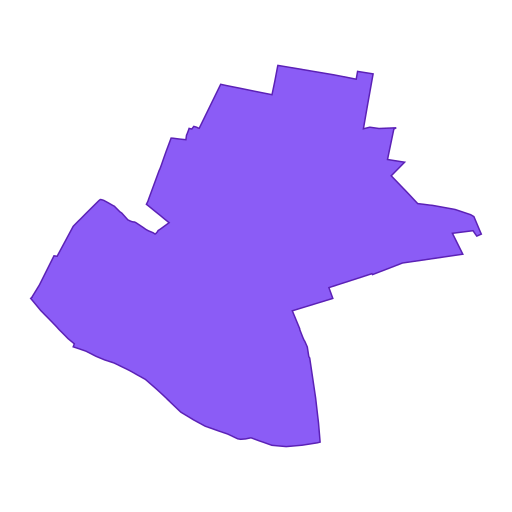 outline of Zimnicea, Teleorman, Romania
{"feature_id": "2599482B67626628859596", "entity_name": "Zimnicea", "entity_type": "district", "adm_level": 2, "iso_a3": "ROU", "parent_name": "Romania", "parent_adm1": "Teleorman", "projection": "equal_earth", "projection_center": [25.358, 43.689], "detail": "fine", "context": "isolated", "style": "filled", "palette": "violet", "viewbox_px": 512, "rotation_deg": 0, "n_neighbors": 0, "source": "geoboundaries", "source_scale": "gbopen_adm2", "svg_char_len": 2323}
<svg xmlns="http://www.w3.org/2000/svg" viewBox="0 0 512 512"><path d="M429.7,205.1L423.7,204.3L417.7,203.6L406.7,191.9L391.2,175.8L404.6,162.2L387.5,159.5L393.6,130.2L393.8,129.1L396.2,127.8L379.0,128.5L369.8,127.2L363.4,128.8L367.4,105.8L373.1,73.9L372.6,73.8L357.6,71.4L356.2,79.2L333.7,74.8L277.9,65.4L277.7,66.1L274.8,81.3L272.0,94.7L261.9,92.7L254.4,91.2L240.3,88.3L233.2,86.9L226.2,85.5L220.7,84.3L199.2,128.3L198.6,128.2L196.6,127.2L193.8,126.4L191.8,129.0L189.1,128.4L188.6,129.9L188.5,130.2L187.1,133.9L186.5,135.2L185.9,139.7L180.8,139.2L178.3,138.9L173.0,138.2L171.1,138.1L171.0,138.4L166.1,151.5L163.7,158.3L162.7,161.2L161.5,164.7L160.2,168.2L159.5,169.9L159.3,170.1L148.5,199.5L147.9,201.3L146.4,204.3L148.7,206.1L155.8,211.9L160.2,215.4L163.2,217.9L164.4,218.9L169.1,222.7L162.4,227.6L160.2,229.2L158.0,230.6L157.9,231.0L157.4,231.8L156.7,232.6L156.1,233.3L155.8,233.6L155.4,233.9L155.0,234.0L154.8,233.9L154.5,233.7L153.2,232.8L151.6,232.1L148.2,230.7L145.7,229.3L143.5,227.7L138.1,224.1L135.8,222.6L134.5,222.0L133.2,221.9L132.1,221.7L130.5,221.1L127.9,219.9L121.8,213.1L121.1,212.6L119.9,211.8L117.6,209.5L115.0,206.9L114.5,206.3L113.1,205.6L108.4,202.9L103.8,200.4L102.6,200.0L100.7,199.5L100.2,199.6L99.3,200.3L98.6,200.9L85.9,213.5L80.7,218.8L78.3,221.1L73.5,226.0L73.1,226.5L72.2,228.2L57.1,256.3L54.0,255.8L39.4,285.0L31.9,297.2L32.0,297.3L30.7,298.4L35.1,303.7L40.8,310.6L45.5,315.4L48.7,318.6L56.7,326.9L59.0,329.5L64.1,334.6L68.0,338.6L74.3,343.8L73.2,346.8L85.8,351.1L96.0,356.3L104.6,359.9L114.1,363.0L121.7,366.7L126.3,368.9L129.7,370.6L137.3,374.9L145.4,379.4L157.2,389.7L168.4,400.1L168.2,400.1L179.5,410.9L180.9,412.2L193.6,419.9L205.2,426.2L219.6,431.3L227.6,434.0L237.7,438.8L240.6,439.3L245.6,438.9L250.9,437.8L251.6,438.0L259.1,440.8L263.5,442.3L271.9,445.3L286.2,446.6L302.1,445.2L317.4,442.8L320.1,442.1L319.5,434.7L318.5,422.9L317.4,413.5L315.6,397.8L309.7,358.0L308.8,356.6L307.3,347.0L304.7,341.1L304.2,340.5L302.8,337.4L299.8,329.7L299.7,328.7L292.3,310.8L300.1,308.4L332.8,298.4L328.9,287.6L371.9,273.7L372.5,274.6L402.5,263.0L462.8,254.2L452.4,233.3L473.0,230.7L474.4,232.7L475.4,234.2L476.8,236.1L479.5,234.9L481.3,234.1L479.6,230.2L473.9,216.6L470.7,214.7L455.2,209.5L452.6,209.0L432.7,205.4L432.0,205.3L429.7,205.1Z" fill="#8b5cf6" stroke="#5b21b6" stroke-width="1.5"/></svg>